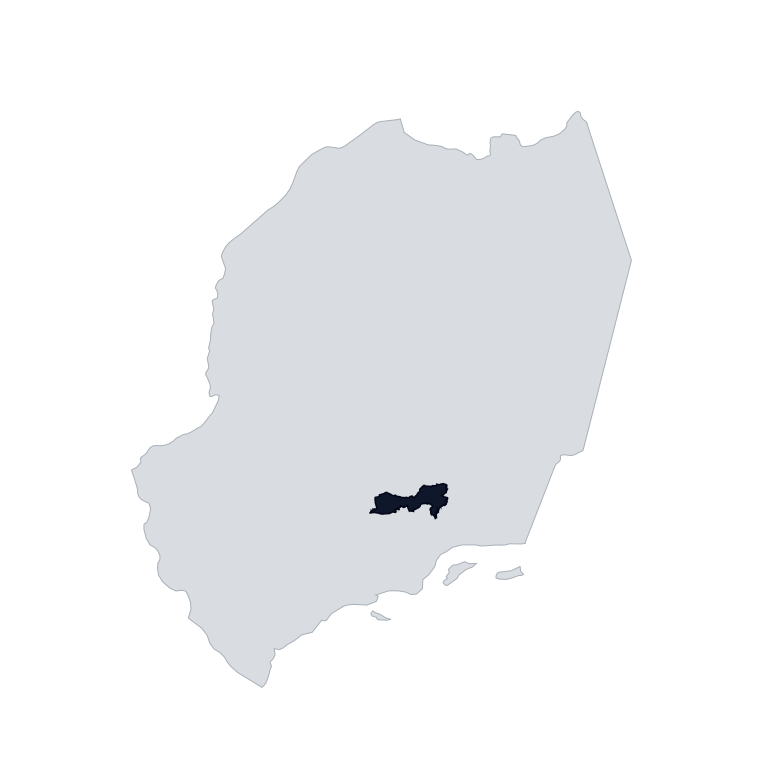 location of Mvomero, Morogoro, United Republic of Tanzania, rotated 72°
{"feature_id": "72390352B62121337619186", "entity_name": "Mvomero", "entity_type": "district", "adm_level": 2, "iso_a3": "TZA", "parent_name": "United Republic of Tanzania", "parent_adm1": "Morogoro", "projection": "robinson", "projection_center": [37.562, -6.599], "detail": "fine", "context": "in_parent", "style": "filled", "palette": "ink", "viewbox_px": 768, "rotation_deg": 72, "n_neighbors": 0, "source": "geoboundaries", "source_scale": "gbopen_adm2", "svg_char_len": 9391}
<svg xmlns="http://www.w3.org/2000/svg" viewBox="0 0 768 768"><g transform="rotate(72 384 384)"><path d="M295.9,539.9L288.6,535.5L281.9,532.9L276.4,529.9L274.0,527.1L268.9,526.0L264.5,525.5L260.4,522.8L251.9,521.8L251.0,520.1L250.8,516.1L249.4,515.1L246.3,514.1L243.0,514.1L241.0,514.7L239.8,514.4L237.1,512.1L234.5,509.1L233.6,504.4L229.7,501.4L225.2,499.0L212.9,499.3L211.0,498.5L208.1,496.1L204.6,492.2L201.8,487.7L199.4,481.6L196.8,473.3L182.6,440.5L181.1,434.2L178.3,427.3L173.8,418.9L168.9,412.6L162.4,406.9L155.0,401.2L151.0,397.3L143.4,381.9L141.8,374.6L140.6,367.1L141.0,364.1L145.7,354.4L146.2,351.7L145.6,348.0L143.2,340.3L140.2,330.9L134.1,313.9L133.2,309.6L133.3,306.4L136.8,289.0L136.8,286.6L151.0,287.0L161.3,279.4L170.3,268.0L172.1,263.3L175.7,256.0L179.3,252.4L180.7,249.9L182.8,242.7L187.5,237.7L192.1,234.0L191.1,231.3L191.8,230.3L194.3,228.4L199.2,226.6L200.2,222.8L200.1,218.5L199.3,216.1L199.5,213.4L198.7,211.8L195.5,211.4L190.8,209.3L186.8,208.4L184.1,207.1L183.1,206.2L182.7,203.6L184.9,197.0L182.6,194.3L187.6,183.3L188.5,181.9L190.2,181.8L193.1,180.6L195.7,180.1L197.9,180.5L199.5,180.0L200.9,178.8L202.0,175.1L203.0,168.8L202.5,163.8L200.4,159.8L199.8,153.9L200.8,145.9L200.1,139.2L197.8,133.9L195.5,130.7L191.9,129.2L186.3,121.1L184.6,117.1L184.9,114.7L186.8,113.6L190.4,114.0L193.7,113.0L196.8,110.8L199.9,110.2L201.5,110.5L342.9,110.5L508.2,214.9L508.9,216.2L510.2,225.2L509.9,228.2L507.4,233.4L506.6,236.1L506.6,238.0L507.2,238.7L509.4,239.0L511.2,240.2L511.9,241.2L513.3,245.1L515.1,247.0L577.9,298.3L579.3,299.0L578.4,303.3L574.8,313.8L574.6,318.1L573.2,323.2L571.9,326.6L568.3,341.2L565.3,346.7L561.1,359.6L560.5,369.4L562.7,376.3L563.6,382.8L568.4,389.1L572.3,391.3L574.9,394.2L579.5,400.8L582.1,407.5L590.5,410.7L593.8,418.1L592.6,423.3L588.7,427.5L585.1,434.4L582.2,443.4L582.1,457.2L584.0,455.1L588.4,458.4L589.0,468.6L584.4,480.4L583.0,485.9L582.8,490.7L586.1,504.8L591.1,512.0L590.7,514.3L589.4,516.2L597.9,528.9L597.2,540.0L600.4,548.6L601.8,556.1L603.9,561.8L604.3,565.8L601.7,570.2L607.9,571.3L611.5,574.9L613.2,578.3L617.7,578.2L620.2,580.5L623.7,582.5L631.4,588.2L633.5,591.1L634.8,593.9L613.4,612.1L605.7,616.8L600.2,618.9L594.3,620.2L588.7,623.0L583.4,627.5L576.7,629.8L568.4,629.8L559.8,632.9L546.2,642.4L538.3,637.1L532.1,635.5L524.9,635.7L520.6,636.3L519.0,637.4L517.6,640.6L516.5,645.9L511.8,650.9L503.6,655.7L496.0,657.5L489.1,656.3L484.4,654.3L481.9,651.5L478.3,650.2L473.6,650.4L469.0,652.4L464.7,656.2L457.7,657.8L448.2,657.3L443.0,655.5L442.3,652.4L438.1,648.7L430.5,644.5L424.8,644.4L421.2,648.4L417.9,651.0L414.9,652.0L412.2,652.1L408.4,651.0L397.8,650.6L387.8,650.8L386.8,644.9L384.7,641.4L382.9,639.2L379.4,638.7L378.5,637.1L377.3,633.4L375.6,630.3L373.3,627.7L372.0,625.4L371.5,623.2L371.8,620.8L373.9,614.8L374.6,610.6L374.3,606.4L373.2,602.1L370.8,597.0L371.1,595.5L370.2,592.0L370.1,589.6L370.6,586.5L370.1,582.5L368.1,573.9L368.1,571.7L365.9,567.6L359.2,557.7L358.9,556.5L348.4,546.6L344.3,544.4L342.7,546.2L342.2,548.0L342.6,551.1L342.4,552.7L341.9,553.4L339.5,553.3L337.9,553.0L334.0,550.3L330.9,549.6L323.2,550.1L320.5,550.7L318.4,550.1L314.4,545.6L309.6,544.7L305.4,544.4L298.3,539.3L295.9,539.9ZM591.6,374.8L595.0,385.6L594.6,387.7L592.2,388.9L590.9,389.0L589.4,387.3L588.3,383.6L586.5,384.5L583.3,380.1L580.2,379.9L577.5,374.7L578.5,370.1L577.9,362.3L581.3,358.3L583.2,351.6L585.3,356.2L585.8,363.3L588.8,371.7L591.6,374.8ZM608.3,310.0L608.5,312.5L607.8,315.0L608.0,322.7L607.7,327.8L605.1,334.9L603.0,337.4L601.1,336.7L599.6,335.5L598.4,333.6L600.9,320.6L599.6,311.0L604.5,311.9L608.3,310.0ZM601.2,466.8L598.7,467.5L597.8,466.9L596.3,464.7L598.9,462.9L601.4,459.4L607.3,454.2L610.0,450.1L609.6,454.1L606.2,462.9L603.4,463.5L601.2,466.8Z" fill="#d9dde1" stroke="#a8b0b8" stroke-width="1"/><path d="M493.1,376.6L493.1,376.9L492.8,377.3L492.8,377.9L493.1,378.4L493.4,378.7L493.7,379.8L494.0,380.1L494.8,382.0L495.1,382.4L495.7,382.7L496.0,382.8L496.6,382.7L497.1,383.2L497.9,384.7L498.2,385.0L498.0,385.3L500.6,388.2L500.2,388.6L501.6,390.5L501.2,390.8L500.9,390.9L500.8,391.2L500.6,391.1L500.5,391.4L500.3,391.5L500.0,391.7L500.1,391.9L500.0,392.0L499.8,391.9L499.8,392.1L499.6,392.1L499.6,392.3L499.4,392.3L499.5,392.5L499.2,392.6L499.1,393.2L499.2,393.3L499.1,393.5L499.3,393.8L499.2,394.1L499.3,394.4L499.5,394.5L499.6,395.1L499.9,395.0L500.0,395.5L499.7,396.1L499.7,396.6L499.0,397.4L498.9,397.4L498.8,397.9L498.5,398.2L498.6,398.7L498.8,398.9L498.6,399.4L498.6,399.7L498.3,400.0L498.2,400.3L497.9,400.7L497.9,401.0L497.7,401.1L497.6,401.3L497.7,401.8L497.4,402.5L496.9,402.9L496.8,403.2L496.6,403.2L496.6,403.3L496.0,403.8L495.8,404.5L495.7,404.7L495.5,405.2L495.3,405.3L495.3,405.7L495.1,405.9L494.9,406.5L494.6,406.6L494.6,406.9L494.1,407.1L493.5,407.3L493.2,407.6L493.2,408.1L493.2,409.2L493.1,409.6L493.1,409.9L492.4,410.5L492.3,410.8L491.7,411.1L491.2,411.7L490.5,412.1L490.4,412.6L489.7,413.1L489.5,413.9L488.9,414.0L488.1,414.6L487.7,415.7L487.7,416.4L488.0,416.7L488.2,418.1L488.2,419.5L488.1,421.0L488.2,422.1L488.0,422.5L488.4,422.9L489.4,423.1L489.5,423.5L489.5,425.0L489.1,427.1L489.2,427.5L490.2,427.6L490.6,428.1L490.8,427.9L493.1,428.7L495.1,429.0L499.8,429.1L499.7,429.4L500.2,430.0L500.4,430.7L500.0,431.4L500.0,431.5L499.8,432.0L500.0,432.1L500.0,432.3L500.0,432.6L500.3,432.6L500.0,432.9L500.6,432.9L500.6,433.1L500.7,433.3L500.5,433.2L500.3,433.3L500.4,433.7L500.7,433.7L500.6,433.4L500.9,433.6L500.7,434.4L501.1,434.4L501.1,434.6L500.7,434.9L501.2,434.9L501.3,435.2L501.1,435.3L501.1,435.6L501.5,435.5L501.3,436.0L501.8,436.4L501.9,436.5L502.2,437.2L502.3,437.2L502.5,436.6L502.4,436.3L502.5,436.2L502.2,436.0L502.3,435.9L502.6,435.9L502.6,435.7L502.7,435.2L502.7,434.8L502.4,434.6L502.6,434.6L502.6,434.1L503.2,433.7L503.1,433.1L503.0,432.5L503.3,432.3L503.4,431.8L503.8,431.4L503.9,431.5L504.1,431.0L504.5,430.6L504.6,430.1L504.9,429.7L504.8,429.4L505.0,429.0L505.2,428.6L505.7,428.5L507.2,425.9L507.5,424.1L507.6,423.9L507.4,423.4L507.7,422.8L508.1,422.4L508.2,421.5L508.2,420.9L508.8,419.6L508.7,417.5L508.7,417.2L508.3,417.1L508.4,415.6L508.3,415.3L509.1,413.9L509.7,412.6L508.8,411.8L508.3,412.0L507.7,412.1L507.6,412.4L506.9,412.6L506.8,411.6L507.0,410.6L508.2,408.6L508.0,408.3L507.6,408.2L507.0,408.2L506.4,408.8L506.2,409.3L506.0,408.6L505.8,407.2L506.2,406.8L506.2,406.6L505.4,406.0L505.9,405.1L505.9,404.5L506.4,403.7L506.5,403.6L506.8,404.1L507.5,403.5L507.5,402.4L507.1,402.4L507.3,402.3L507.0,399.4L509.8,399.5L512.2,399.3L512.9,399.1L512.7,398.5L514.3,395.3L513.0,395.1L513.0,393.8L512.8,393.6L512.8,392.5L512.3,389.5L511.7,387.9L509.7,386.0L509.5,385.5L509.7,385.0L509.6,384.7L509.8,384.4L509.7,384.2L509.8,384.0L509.7,383.8L509.8,383.6L509.8,383.2L510.2,382.9L510.0,382.4L510.2,382.0L510.2,381.4L510.5,381.2L510.7,380.9L510.6,380.7L510.9,380.7L511.1,380.3L510.9,380.1L511.4,379.9L511.2,379.7L511.4,379.6L511.1,378.8L510.8,378.7L511.4,378.3L511.9,378.2L512.1,378.0L512.0,377.5L512.1,377.2L512.7,377.0L514.8,375.5L515.1,375.5L515.9,376.1L515.9,376.7L516.2,376.9L516.2,377.5L516.6,377.7L516.7,378.3L516.9,378.5L517.4,378.7L517.7,378.6L517.8,379.0L518.1,379.0L519.6,378.8L520.1,379.0L520.4,379.2L520.9,379.2L521.6,379.5L522.1,379.3L523.1,379.3L523.1,378.9L523.4,378.5L523.6,377.6L524.3,377.4L524.7,377.1L524.9,377.2L525.6,377.0L525.9,376.3L526.4,376.8L527.8,376.8L527.7,376.4L527.3,375.8L527.0,375.7L527.1,375.4L526.9,375.4L526.8,375.2L526.4,375.3L525.9,375.3L524.8,374.6L524.1,374.7L523.2,374.5L522.9,374.6L523.0,374.2L522.4,374.2L522.5,374.0L522.9,374.0L523.1,373.9L522.9,373.7L523.0,373.3L522.4,373.4L522.5,373.3L522.4,373.2L522.6,372.8L522.2,372.6L522.5,372.1L522.0,372.1L522.2,371.9L522.2,371.7L521.1,371.5L520.9,371.1L520.7,371.1L520.6,371.4L520.2,371.6L520.1,371.2L520.4,370.9L520.2,370.8L520.1,370.5L519.9,370.7L519.7,370.5L519.0,370.7L519.2,370.4L518.9,369.7L518.6,369.2L518.3,368.3L518.6,368.2L518.2,368.1L518.3,367.7L518.2,367.1L518.2,366.7L517.9,366.1L517.8,365.6L517.5,365.7L517.1,365.4L517.3,365.0L517.3,364.5L518.1,364.2L518.0,363.9L518.0,363.5L518.1,363.3L517.7,363.1L517.6,362.9L517.6,362.6L517.4,362.7L517.5,362.4L517.0,362.3L517.2,362.0L517.1,361.8L516.5,361.6L516.4,361.3L516.1,361.3L516.0,361.0L516.0,360.8L515.3,360.6L515.2,360.3L514.7,360.5L514.4,360.4L514.3,360.5L514.3,360.4L514.2,360.4L514.1,360.7L513.9,360.0L513.2,360.1L513.2,359.8L513.0,359.7L513.2,359.4L512.7,359.3L512.6,359.0L512.0,359.5L511.7,359.3L511.7,359.0L511.6,358.9L511.2,359.5L511.0,360.2L510.6,360.5L510.2,361.4L509.1,362.5L507.8,363.3L507.6,363.1L507.6,362.5L507.7,361.4L507.4,361.4L507.1,360.9L506.7,360.6L506.7,359.3L506.6,358.5L506.3,358.4L506.1,358.5L505.1,357.5L504.6,357.8L504.1,356.7L503.7,356.6L503.5,356.2L503.2,356.6L502.9,356.5L502.8,356.8L502.7,356.6L502.4,356.6L502.1,356.5L501.8,356.6L501.8,356.4L501.4,356.4L501.2,356.9L501.0,356.7L500.8,356.7L500.6,355.9L500.4,355.9L500.2,356.0L499.9,355.6L499.6,355.8L499.4,355.6L499.1,355.7L498.0,357.1L497.0,358.7L496.9,359.8L496.9,360.4L496.7,360.9L496.9,362.2L496.8,362.8L496.3,363.9L495.9,364.3L495.4,364.6L495.0,364.6L495.5,364.8L495.7,365.1L496.6,365.5L496.7,366.4L496.3,367.7L496.5,368.5L496.0,368.7L495.7,369.1L495.9,369.3L495.9,369.8L496.1,369.8L496.0,370.0L496.1,370.3L495.8,370.5L495.9,371.0L496.1,371.3L495.8,371.4L495.8,371.7L495.4,372.1L495.0,373.1L495.1,373.9L494.8,374.0L494.7,374.5L494.4,374.7L494.4,374.9L494.1,375.4L493.9,376.1L493.6,376.5L493.1,376.6Z" fill="#0f172a" stroke="#020617" stroke-width="1.5"/></g></svg>